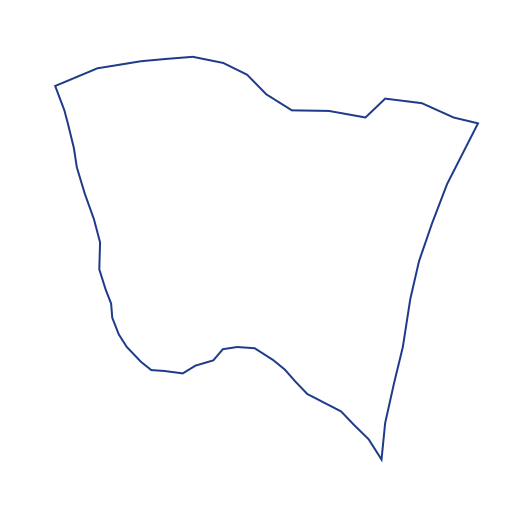 outline of Koutsoventis, Cyprus, rotated 94°
{"feature_id": "46923920B77233656237897", "entity_name": "Koutsoventis", "entity_type": "district", "adm_level": 2, "iso_a3": "CYP", "parent_name": "Cyprus", "parent_adm1": "", "projection": "natural_earth1", "projection_center": [33.428, 35.265], "detail": "fine", "context": "isolated", "style": "outline", "palette": "blue", "viewbox_px": 512, "rotation_deg": 94, "n_neighbors": 0, "source": "geoboundaries", "source_scale": "gbopen_adm2", "svg_char_len": 798}
<svg xmlns="http://www.w3.org/2000/svg" viewBox="0 0 512 512"><g transform="rotate(94 256 256)"><path d="M253.3,412.5L280.2,411.4L299.6,403.8L313.6,397.2L327.6,395.1L343.8,387.4L355.6,378.7L369.6,363.4L377.1,352.5L377.1,339.4L378.2,320.8L369.6,308.8L363.1,291.3L351.3,282.6L348.1,268.4L348.1,250.9L358.8,231.3L367.4,219.2L378.2,208.3L390.1,195.2L397.6,177.8L405.1,160.3L418.0,146.1L431.0,130.8L450.3,116.6L413.6,115.5L373.1,109.4L336.7,103.2L288.2,99.1L249.8,93.0L211.3,82.7L170.9,70.4L108.2,43.8L104.1,68.4L92.0,101.2L90.0,138.1L110.2,156.5L106.2,193.5L108.2,230.4L94.0,257.0L75.8,277.5L65.7,302.2L61.7,332.9L65.7,359.6L69.7,384.2L79.8,427.3L100.4,468.2L124.1,457.3L137.0,452.9L160.7,445.3L180.1,440.9L205.9,431.1L230.7,420.2L253.3,412.5Z" fill="none" stroke="#1e3a8a" stroke-width="2"/></g></svg>